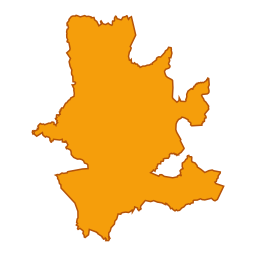 Huehuetlán el Grande, Puebla, Mexico
{"feature_id": "50627088B86745888605421", "entity_name": "Huehuetlán el Grande", "entity_type": "district", "adm_level": 2, "iso_a3": "MEX", "parent_name": "Mexico", "parent_adm1": "Puebla", "projection": "natural_earth1", "projection_center": [-98.149, 18.758], "detail": "fine", "context": "isolated", "style": "filled", "palette": "amber", "viewbox_px": 256, "rotation_deg": 0, "n_neighbors": 0, "source": "geoboundaries", "source_scale": "gbopen_adm2", "svg_char_len": 5760}
<svg xmlns="http://www.w3.org/2000/svg" viewBox="0 0 256 256"><path d="M188.8,155.4L187.5,155.8L187.2,156.4L187.4,157.8L187.0,158.7L185.9,159.3L184.6,161.5L182.3,163.1L182.2,166.6L183.0,168.7L181.3,169.3L180.0,170.9L180.7,172.7L180.4,173.7L181.2,175.4L181.0,175.7L179.4,175.0L177.5,176.0L177.4,176.8L172.7,177.8L164.3,176.4L161.8,174.7L159.9,174.7L158.8,176.2L150.6,172.7L153.1,170.7L153.4,170.0L155.0,171.2L155.6,169.0L157.2,168.4L156.6,166.9L157.5,165.8L157.6,164.3L159.1,163.7L160.6,163.8L161.0,161.4L163.2,161.2L163.6,160.1L163.3,159.1L164.3,158.5L168.3,158.2L169.6,156.1L169.4,154.7L170.3,153.7L171.4,153.3L172.0,153.8L174.0,153.3L174.4,154.1L175.3,154.0L175.4,154.5L176.1,154.2L176.9,155.4L177.8,154.6L178.7,154.9L178.9,153.8L181.1,152.4L183.9,148.9L184.1,148.3L180.3,140.8L180.8,139.5L176.7,132.3L175.8,129.6L176.1,124.1L176.9,121.9L178.5,119.5L180.9,118.3L181.9,117.1L184.5,117.8L188.1,119.7L188.2,120.9L190.6,122.7L190.9,123.6L190.6,124.8L191.7,125.8L201.9,125.2L202.0,123.4L203.0,122.6L203.1,121.6L204.4,121.4L204.6,118.3L206.1,117.8L205.9,116.3L204.7,114.6L204.7,114.0L208.7,109.2L208.4,107.0L208.7,106.2L205.8,102.0L204.1,100.6L203.7,99.1L202.0,96.5L201.6,95.3L202.5,94.4L207.2,93.9L208.5,93.0L209.0,92.0L209.0,90.5L208.2,87.1L209.2,84.9L208.7,78.5L207.8,78.1L207.4,79.6L206.8,79.5L206.5,80.5L203.5,82.6L202.2,82.4L201.5,82.8L200.8,82.4L199.6,83.0L198.8,82.7L197.8,83.5L197.2,83.2L196.7,84.2L196.2,84.0L195.4,84.8L194.9,86.0L193.9,86.4L194.0,86.9L192.9,88.3L192.8,89.2L192.3,89.2L191.8,88.6L190.9,88.9L188.0,91.1L186.7,94.3L186.8,96.7L186.3,98.6L185.8,99.3L186.1,100.1L185.7,101.1L185.1,101.5L180.9,101.3L179.2,97.7L179.0,100.6L176.9,102.2L172.9,98.5L172.4,97.1L172.9,87.8L172.6,80.6L171.9,79.7L167.5,77.4L166.0,76.0L164.8,73.0L164.5,71.1L165.7,69.3L168.9,68.1L170.0,66.8L169.9,65.8L168.7,64.2L168.6,63.4L169.7,60.8L169.1,57.8L170.8,57.8L171.9,53.1L171.2,50.2L171.4,49.5L171.1,47.7L168.6,47.3L167.5,49.5L165.4,50.9L164.8,52.5L160.7,57.0L158.8,56.8L157.1,57.6L156.4,58.9L156.6,59.7L152.3,63.0L152.2,64.1L150.8,64.1L149.5,65.0L147.1,65.2L145.1,66.1L142.8,66.1L140.1,67.4L139.5,66.2L138.1,65.9L138.1,65.2L137.2,64.1L135.5,64.0L134.6,62.8L133.8,63.6L131.5,62.8L131.2,59.4L130.2,60.5L129.4,60.2L128.5,56.3L129.4,51.9L130.3,50.7L131.2,48.0L130.2,46.5L135.7,35.1L131.4,16.7L129.5,17.8L128.6,19.4L128.1,18.8L127.1,15.9L126.6,15.8L125.8,16.5L122.8,17.3L121.5,19.7L120.9,19.8L117.2,18.7L116.1,16.4L115.5,16.2L114.5,18.0L114.5,20.6L113.8,21.2L112.9,20.9L112.5,21.3L112.4,24.3L111.8,25.3L109.4,24.3L108.2,23.1L105.8,24.5L104.0,24.2L102.8,23.6L101.1,20.9L100.6,21.4L101.3,24.1L98.9,25.8L96.8,21.5L94.6,19.8L94.0,17.5L91.3,17.8L91.2,17.0L88.7,16.3L86.4,16.5L84.7,15.6L80.3,16.9L76.6,15.4L75.9,15.4L75.6,16.0L72.9,16.0L71.3,16.6L69.0,19.4L69.0,20.6L67.0,23.1L67.1,25.1L67.6,24.8L68.5,27.5L67.8,29.1L67.1,29.3L66.6,32.0L67.0,33.9L66.7,34.5L66.8,37.5L67.8,39.9L67.0,41.2L67.4,42.1L68.3,42.1L69.0,43.0L70.1,48.7L69.7,50.2L66.7,52.9L70.5,58.4L69.1,61.7L70.1,66.3L71.8,69.9L71.5,72.9L71.7,74.5L72.8,76.2L73.0,81.7L74.8,81.9L75.6,82.9L75.0,84.1L73.7,84.9L72.2,84.9L74.0,88.8L73.8,90.1L74.3,93.4L74.0,96.3L70.7,98.0L69.9,99.7L68.6,100.3L66.6,102.9L65.6,103.2L63.2,107.9L61.6,108.0L61.0,109.0L61.1,109.9L60.1,110.2L60.4,111.6L59.4,112.0L60.2,114.3L59.3,114.6L58.8,115.7L58.0,114.8L56.6,114.9L56.4,116.4L56.9,117.6L55.5,118.4L56.1,119.1L55.9,119.5L57.3,120.6L56.7,121.9L57.6,122.6L56.2,124.1L55.9,125.4L55.3,124.6L54.0,124.4L54.1,123.0L53.7,122.3L52.0,122.0L50.5,123.2L48.9,123.1L44.7,124.7L43.5,124.0L42.0,124.3L40.3,123.5L38.1,125.7L37.9,126.6L38.5,127.1L38.4,128.8L37.4,128.5L37.3,129.7L35.2,130.9L34.1,130.6L33.9,131.4L32.6,130.9L32.3,132.4L33.0,134.1L34.2,133.3L34.2,134.1L36.7,136.2L42.4,132.6L42.8,134.8L44.2,136.2L45.5,137.1L46.3,136.4L49.1,137.3L49.9,138.5L50.0,140.4L51.0,142.1L51.5,142.1L51.8,141.0L53.0,140.8L53.5,139.3L59.8,140.0L62.2,139.3L62.4,141.9L64.6,142.2L65.1,142.2L64.6,141.6L65.8,141.1L67.9,144.7L67.0,146.4L65.9,147.2L66.0,147.8L66.7,148.8L67.7,148.5L70.5,150.1L71.1,151.8L71.3,154.6L73.7,157.4L77.4,159.1L79.9,159.0L82.1,159.7L83.6,160.9L84.5,163.0L86.8,163.8L87.8,164.8L88.1,168.6L82.4,169.0L68.2,171.6L67.5,171.9L67.2,172.8L63.7,173.4L62.0,173.0L59.3,174.7L57.4,174.5L55.6,175.1L56.7,175.7L57.7,177.3L57.6,178.5L58.8,180.3L59.5,183.6L60.8,184.6L61.1,188.1L74.9,203.0L77.9,211.3L78.0,217.8L77.2,219.0L76.6,222.4L77.6,223.3L76.3,225.0L78.4,226.4L77.5,228.6L78.1,229.4L80.0,228.4L83.0,230.7L83.4,231.6L82.9,233.3L84.3,235.7L84.2,236.9L85.1,237.5L88.5,234.8L89.3,229.4L96.5,232.1L96.5,232.4L97.7,233.0L97.8,233.7L102.1,236.6L102.2,237.6L103.1,238.2L103.5,239.1L105.2,238.8L105.3,238.1L106.2,239.1L105.8,240.6L108.6,240.6L109.3,239.3L108.8,237.3L109.6,237.7L108.7,235.6L108.8,232.8L110.2,231.0L111.1,227.7L114.4,224.1L114.8,221.2L116.7,219.0L118.1,214.0L120.6,214.2L121.1,213.9L121.1,213.3L122.5,212.6L125.7,212.1L128.6,212.5L132.0,210.4L132.4,209.4L132.4,212.1L134.5,208.6L134.7,206.9L137.5,208.0L137.7,209.4L138.9,210.6L139.5,209.7L140.7,209.4L141.0,208.6L140.5,208.0L140.8,205.9L145.3,200.5L150.7,201.6L153.7,200.6L157.4,202.1L161.8,202.8L165.3,204.5L165.6,204.6L165.8,203.3L166.9,203.7L167.3,204.7L168.3,205.1L169.8,206.8L170.6,208.7L172.1,208.3L173.1,209.6L175.0,210.9L176.4,209.8L177.4,210.7L179.6,210.3L181.9,207.9L183.9,206.9L185.9,204.6L188.8,203.8L190.0,204.3L191.2,203.1L193.1,202.8L193.2,200.8L193.9,200.2L197.2,200.1L200.5,198.8L202.1,199.6L204.8,199.9L211.4,198.3L213.7,200.3L215.0,200.8L217.4,199.4L223.7,186.2L215.9,183.6L214.9,182.1L216.3,181.4L216.9,178.9L218.0,178.1L218.2,175.8L220.2,173.1L220.3,172.0L213.8,170.8L212.2,170.0L209.0,170.6L204.8,172.5L201.1,169.5L197.3,167.0L197.0,165.4L195.1,163.0L192.2,161.9L191.6,160.8L191.8,157.2L191.5,156.8L189.3,156.7L188.8,155.4Z" fill="#f59e0b" stroke="#b45309" stroke-width="1.5"/></svg>